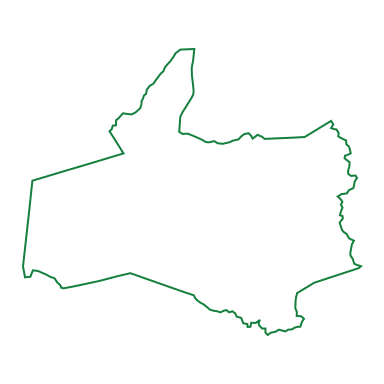 Bom Conselho, Pernambuco, Brazil
{"feature_id": "56859067B86155834200709", "entity_name": "Bom Conselho", "entity_type": "district", "adm_level": 2, "iso_a3": "BRA", "parent_name": "Brazil", "parent_adm1": "Pernambuco", "projection": "albers", "projection_center": [-36.642, -9.181], "detail": "fine", "context": "isolated", "style": "outline", "palette": "green", "viewbox_px": 384, "rotation_deg": 0, "n_neighbors": 0, "source": "geoboundaries", "source_scale": "gbopen_adm2", "svg_char_len": 2400}
<svg xmlns="http://www.w3.org/2000/svg" viewBox="0 0 384 384"><path d="M331.1,120.9L304.7,137.0L293.9,137.6L264.6,138.9L262.1,136.8L257.5,134.8L252.7,138.6L250.9,135.5L248.6,133.2L244.3,134.1L241.1,136.5L238.5,139.4L235.7,140.0L232.8,140.7L229.3,142.3L222.8,143.8L217.8,143.3L214.2,141.1L209.2,142.3L205.9,142.1L202.3,139.9L197.3,137.6L192.9,135.7L187.8,133.7L182.4,133.9L179.2,131.9L180.3,116.8L182.5,112.3L191.6,97.8L193.1,94.7L193.6,92.2L193.5,89.4L192.6,81.2L192.0,76.2L191.7,67.8L193.1,60.6L194.3,49.0L180.4,49.6L175.6,53.2L173.5,56.8L170.2,61.4L166.9,64.9L165.0,67.4L163.3,71.4L160.7,73.6L158.6,76.5L156.3,79.4L153.5,83.6L149.7,85.9L146.8,89.7L146.1,93.8L143.9,95.6L143.0,98.6L141.6,100.9L141.5,103.9L140.3,108.1L135.7,112.3L131.7,114.4L126.7,113.9L123.0,113.3L118.6,118.2L116.1,120.2L116.0,125.3L112.8,125.6L111.6,129.5L109.5,131.2L112.7,136.2L123.5,153.4L88.0,164.1L65.0,170.9L32.4,180.7L28.7,215.3L23.0,266.4L25.0,277.3L30.4,276.7L32.9,270.3L38.0,271.0L45.9,274.4L50.7,277.1L54.4,278.1L57.3,282.5L60.3,285.2L61.2,287.7L63.7,288.3L73.9,286.4L99.1,281.0L117.8,276.1L130.4,273.2L158.2,283.0L184.7,292.3L193.8,295.3L195.2,298.2L197.8,300.8L200.6,302.8L203.5,304.3L207.3,307.3L209.8,309.6L213.4,310.7L217.4,311.3L220.3,312.4L223.8,310.7L226.5,310.1L229.1,312.3L232.5,311.3L235.2,313.4L236.7,316.6L241.2,317.9L243.3,323.3L247.3,324.0L247.6,327.0L250.4,326.8L251.3,322.7L255.6,323.0L260.0,319.9L258.6,322.7L259.1,325.3L262.1,328.5L265.4,328.5L265.5,332.6L267.8,335.0L270.5,332.8L275.9,331.6L278.8,329.7L285.5,331.4L288.1,329.7L292.0,329.4L294.5,327.7L297.3,326.9L300.4,326.7L301.8,322.1L304.0,318.8L301.2,316.3L296.7,315.9L296.9,312.0L295.3,308.1L295.6,300.4L296.1,297.2L297.2,293.0L314.3,282.7L356.1,269.0L358.9,268.0L361.0,266.2L357.1,265.0L354.2,263.7L352.8,259.0L350.5,255.6L350.3,252.6L352.0,244.2L353.9,240.7L349.1,238.4L346.5,233.8L344.3,232.5L342.2,230.3L340.6,225.7L339.6,222.6L342.8,218.6L342.5,216.0L339.9,215.3L340.8,211.7L342.5,207.6L340.9,204.6L342.4,201.9L340.6,199.1L337.7,196.5L341.5,194.1L346.9,193.4L348.9,190.2L353.4,188.1L354.0,185.4L354.7,181.5L357.0,177.9L355.5,175.5L350.9,175.9L348.3,173.9L348.0,171.0L349.4,166.3L349.6,162.3L344.6,158.3L345.0,155.7L347.8,154.8L350.7,153.4L349.8,149.2L348.9,146.5L346.4,144.3L346.0,140.4L340.5,137.8L338.2,136.3L338.7,132.9L336.4,129.4L333.9,129.1L331.1,128.1L333.3,124.5L331.1,120.9Z" fill="none" stroke="#15803d" stroke-width="2"/></svg>